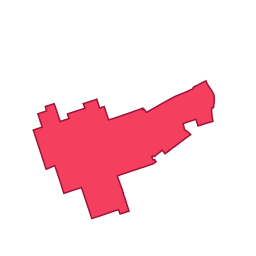 the district of Dabuleni, Dolj, Romania, rotated 233°
{"feature_id": "2599482B70911893179485", "entity_name": "Dabuleni", "entity_type": "district", "adm_level": 2, "iso_a3": "ROU", "parent_name": "Romania", "parent_adm1": "Dolj", "projection": "mercator", "projection_center": [24.129, 43.802], "detail": "fine", "context": "isolated", "style": "filled", "palette": "rose", "viewbox_px": 256, "rotation_deg": 233, "n_neighbors": 0, "source": "geoboundaries", "source_scale": "gbopen_adm2", "svg_char_len": 4975}
<svg xmlns="http://www.w3.org/2000/svg" viewBox="0 0 256 256"><g transform="rotate(233 128 128)"><path d="M168.7,120.0L169.8,120.4L169.8,120.1L170.1,119.4L170.2,119.1L170.3,118.8L170.3,118.6L170.5,118.1L170.6,117.8L170.7,117.5L170.7,117.4L170.8,117.1L170.9,116.9L171.0,116.7L171.1,116.2L171.3,115.6L171.5,115.1L171.7,114.6L171.9,113.9L172.4,112.7L172.8,111.5L173.2,110.2L174.1,107.6L174.4,106.9L173.7,106.7L172.2,106.3L169.7,105.6L170.0,104.8L170.2,104.3L170.5,103.4L171.1,101.3L173.0,96.1L174.1,92.7L175.7,88.1L173.5,87.3L171.1,86.6L171.8,84.3L172.0,83.6L172.4,82.7L174.0,77.8L191.8,83.7L192.0,83.2L192.3,82.5L192.4,82.1L192.8,81.0L194.1,77.2L194.8,75.4L195.0,74.9L193.2,74.2L192.3,73.9L190.7,73.3L191.0,72.4L191.5,70.7L192.0,69.2L192.6,67.3L193.6,64.6L192.3,64.1L191.6,63.9L190.3,63.5L189.3,63.1L187.4,62.4L185.1,61.6L183.8,61.2L182.4,60.7L180.4,60.1L181.8,55.8L181.8,55.7L182.6,53.5L182.6,53.4L182.7,53.1L183.0,52.2L183.3,51.6L183.4,51.1L183.1,50.9L182.9,51.0L182.3,50.8L179.6,49.9L177.4,49.1L174.3,48.0L171.9,47.2L171.5,47.1L171.0,46.9L169.4,46.4L167.9,45.9L166.8,45.5L165.7,45.1L164.6,44.8L164.0,44.6L162.8,44.1L160.4,43.3L159.1,42.9L158.5,42.7L156.7,42.0L156.1,41.8L153.7,41.0L152.5,40.6L150.8,40.0L150.2,39.8L148.6,39.3L147.5,38.9L146.3,38.5L145.9,38.4L145.7,38.3L145.3,38.1L144.4,37.8L144.3,38.0L144.0,38.9L143.9,39.3L143.7,40.1L143.4,41.3L143.4,41.5L143.0,42.9L142.9,43.4L142.8,44.0L142.6,44.5L142.5,44.8L142.5,45.1L142.3,45.8L142.0,46.9L140.9,46.6L139.2,46.0L138.1,45.6L136.4,45.0L135.9,44.8L135.6,44.8L135.0,44.6L134.3,44.3L134.0,44.2L131.7,43.5L131.0,43.2L130.2,43.0L129.5,42.8L129.3,42.7L128.2,42.3L127.8,42.2L127.7,42.1L127.2,42.0L126.9,41.9L126.4,41.7L126.1,41.6L125.8,41.5L125.6,41.4L125.3,41.3L124.5,41.0L124.1,40.9L123.4,40.7L123.2,40.6L122.2,40.2L121.3,39.9L120.9,39.8L119.7,39.3L118.9,39.0L117.3,38.5L116.3,38.1L116.0,38.0L115.5,37.8L114.9,37.6L114.7,37.5L114.4,37.4L114.0,38.5L111.4,46.5L109.7,51.2L108.5,55.0L86.3,47.6L77.5,44.6L77.0,46.1L75.7,49.9L74.4,53.4L74.3,53.8L73.7,55.8L72.9,58.0L72.2,60.2L71.5,62.5L69.3,69.0L68.6,71.1L68.5,71.3L68.0,71.2L64.2,69.9L64.0,70.2L63.4,71.8L62.7,73.6L62.5,74.5L62.2,75.1L61.6,77.2L61.3,77.9L61.1,78.4L61.0,78.8L62.5,79.3L66.5,80.7L75.8,84.0L76.0,83.9L76.9,84.2L78.8,84.8L78.7,85.1L80.3,85.6L82.8,86.5L84.4,86.9L87.2,87.8L92.4,89.4L96.2,90.6L93.9,97.8L93.4,99.2L93.1,100.1L92.7,101.2L92.6,101.6L90.7,107.3L89.2,111.6L88.3,114.4L86.8,118.6L85.8,121.9L84.4,126.0L84.2,127.5L84.2,128.2L84.1,130.1L86.0,130.2L86.3,130.2L86.4,130.3L86.5,130.3L86.7,130.2L86.7,129.8L86.7,129.7L86.8,129.5L87.1,129.4L87.3,129.2L87.5,129.1L87.8,128.9L88.7,129.1L89.5,129.4L90.3,129.6L90.9,129.9L90.6,130.7L90.3,131.6L89.9,131.7L89.4,131.9L89.4,132.4L89.5,134.5L89.5,135.8L89.5,136.3L89.5,136.7L89.5,137.2L89.6,142.1L88.3,142.0L87.7,142.1L85.1,142.0L85.1,147.6L85.5,147.5L85.3,148.8L85.2,148.8L85.2,149.7L85.2,150.5L85.2,152.1L85.1,153.7L85.1,154.7L85.1,157.5L85.1,159.5L85.1,160.5L85.2,162.7L85.1,164.1L85.2,167.0L85.1,168.3L85.1,169.7L85.1,171.0L85.0,171.4L85.0,174.1L85.4,174.1L86.6,173.9L87.7,173.7L89.2,173.4L90.3,173.2L91.2,172.8L92.4,172.1L98.3,174.6L97.9,175.9L97.5,177.5L97.1,178.6L95.9,182.1L94.1,187.5L92.9,187.0L91.4,186.5L90.9,186.3L89.9,186.0L87.5,185.1L87.2,186.1L85.7,190.1L85.5,191.0L85.3,191.5L85.1,192.3L85.0,192.6L84.9,192.7L84.8,193.0L84.6,193.5L84.5,193.9L84.4,194.2L84.3,194.3L84.2,194.5L84.0,195.0L83.9,195.2L83.8,195.7L83.7,195.8L83.6,196.0L83.4,196.5L82.2,199.9L85.6,201.5L85.9,201.7L87.6,202.7L91.2,204.9L93.7,207.2L92.8,208.5L95.3,210.9L95.5,211.1L95.9,211.5L98.6,214.0L102.0,216.2L102.8,216.5L105.4,217.0L105.6,217.0L105.9,217.1L107.8,217.4L111.6,217.5L115.9,217.9L118.8,218.6L118.9,218.0L119.2,216.8L119.7,213.7L119.8,213.1L120.0,212.0L120.1,211.2L120.5,208.0L120.5,207.9L120.7,207.5L120.7,207.3L120.7,207.2L120.9,207.1L121.0,207.1L121.0,206.9L121.0,206.7L120.9,206.4L120.9,206.2L121.0,205.8L121.1,205.6L121.2,205.4L121.2,205.2L121.0,204.8L121.1,204.7L121.1,204.4L121.0,204.2L120.9,204.1L120.7,204.0L120.4,203.9L120.2,203.7L120.1,203.4L120.0,203.2L120.3,202.8L120.4,202.7L120.5,202.4L120.8,201.0L121.1,199.5L121.2,198.9L121.3,198.5L121.5,197.5L121.6,197.3L121.8,196.4L122.0,195.7L123.4,190.2L123.9,188.3L124.6,185.8L125.0,184.1L125.5,181.0L126.8,172.1L127.4,167.3L127.6,165.5L127.8,163.8L128.3,160.2L129.2,154.0L129.3,153.0L129.5,152.1L130.5,152.1L132.3,152.2L132.9,152.2L134.1,152.0L133.7,150.8L134.3,151.0L135.1,151.4L135.5,149.8L136.3,147.3L137.2,144.5L137.7,142.9L138.4,140.7L139.0,138.8L139.6,136.7L140.0,135.7L140.2,134.8L140.4,134.4L141.6,130.7L142.1,129.1L143.8,124.0L144.5,121.8L144.9,120.7L145.4,119.6L146.0,118.0L146.2,117.4L146.7,117.6L155.6,120.6L159.5,121.9L159.9,120.8L160.3,119.3L161.0,117.4L161.3,117.5L161.5,117.5L162.1,117.7L162.5,117.8L162.9,118.0L163.0,118.0L163.3,118.1L163.6,118.3L163.8,118.4L164.3,118.5L164.6,118.6L165.1,118.8L165.8,119.0L166.2,119.1L166.4,119.2L166.5,119.3L167.0,119.4L167.8,119.7L168.2,119.9L168.7,120.0Z" fill="#f43f5e" stroke="#9f1239" stroke-width="1.5"/></g></svg>